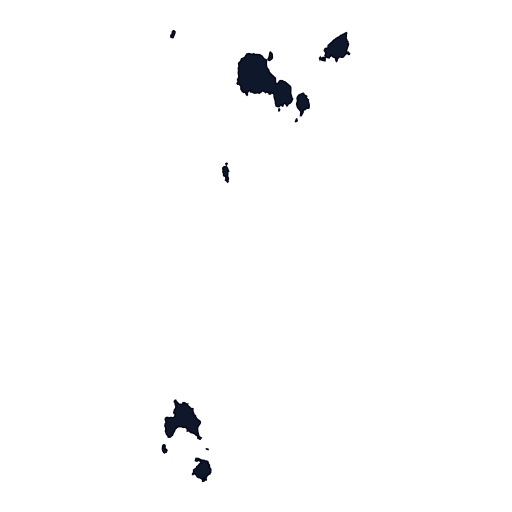 Taboga, Panama (orthographic projection)
{"feature_id": "35544464B74789014027071", "entity_name": "Taboga", "entity_type": "district", "adm_level": 2, "iso_a3": "PAN", "parent_name": "Panama", "parent_adm1": "", "projection": "orthographic", "projection_center": [-79.568, 8.692], "detail": "fine", "context": "isolated", "style": "filled", "palette": "ink", "viewbox_px": 512, "rotation_deg": 0, "n_neighbors": 0, "source": "geoboundaries", "source_scale": "gbopen_adm2", "svg_char_len": 5920}
<svg xmlns="http://www.w3.org/2000/svg" viewBox="0 0 512 512"><path d="M252.4,54.5L249.1,53.6L246.7,54.1L246.4,54.5L246.3,55.3L245.6,55.9L245.2,56.9L243.9,57.9L241.5,58.9L240.7,61.2L238.6,63.2L239.0,66.4L238.3,68.2L238.6,69.9L238.3,72.8L238.9,76.8L237.5,79.9L238.3,81.1L237.1,83.4L237.5,84.1L239.1,84.2L240.9,86.1L241.0,89.4L241.7,90.2L242.1,91.2L243.6,92.4L244.8,92.0L245.5,92.3L245.9,93.6L246.6,94.9L247.1,95.2L247.5,94.3L246.9,93.0L248.7,91.1L249.9,90.3L250.6,90.8L250.6,91.9L251.6,91.9L254.7,93.2L258.2,92.6L259.2,93.3L259.8,92.6L260.6,92.5L262.0,90.9L262.5,90.7L265.0,91.9L265.6,92.6L266.3,91.9L268.7,92.7L269.1,93.9L269.4,94.1L270.6,93.9L270.5,92.6L271.0,92.5L272.0,93.1L273.2,93.3L274.1,94.7L274.2,97.3L275.5,101.7L275.4,103.0L276.2,106.1L278.1,106.7L279.2,106.6L280.4,105.1L281.2,104.9L281.7,105.1L282.2,106.0L282.7,106.1L283.5,104.0L284.7,103.1L285.4,103.4L287.0,105.9L288.4,103.9L290.3,103.0L291.2,102.0L292.6,99.2L292.6,98.7L291.8,97.8L291.5,96.1L290.7,93.8L290.8,87.8L290.4,86.5L285.2,82.0L284.0,81.7L282.3,80.7L280.7,80.6L279.7,80.9L277.6,83.8L277.2,84.1L276.8,84.0L275.5,82.7L275.4,78.7L275.1,77.7L273.9,76.9L273.2,76.0L272.5,75.6L269.3,72.3L268.7,70.0L267.1,68.0L266.6,66.7L266.3,64.3L266.5,60.0L264.1,58.9L261.8,55.9L260.8,55.5L259.7,54.6L257.6,54.7L256.2,54.4L255.0,54.6L253.6,53.7L252.4,54.5ZM181.5,404.4L179.6,404.3L178.7,403.9L176.1,401.1L175.7,400.2L175.0,400.3L174.4,401.1L174.3,401.8L175.5,403.8L175.2,404.7L175.9,405.3L175.8,406.3L176.0,407.1L175.0,409.3L174.3,410.1L174.3,411.6L173.7,412.1L174.0,413.1L174.3,412.8L174.6,412.9L174.7,413.5L175.2,414.2L174.8,416.5L174.1,417.3L172.5,417.9L170.9,417.4L169.0,418.0L168.2,417.5L166.9,417.4L165.8,417.9L165.3,418.6L165.3,419.8L166.0,421.7L166.1,422.6L165.2,423.9L164.9,426.2L165.9,427.8L165.7,430.2L165.4,431.2L166.0,432.4L166.1,433.4L167.6,435.7L168.3,436.1L168.3,437.2L170.0,437.2L170.9,436.6L171.3,435.8L172.5,435.3L173.0,433.5L174.5,431.1L174.9,429.5L176.9,427.5L178.8,426.6L181.6,426.7L183.3,427.4L184.8,427.1L185.8,427.4L186.7,428.6L187.5,429.0L187.3,431.1L189.1,430.8L189.7,431.3L190.5,432.4L191.2,432.6L191.8,432.2L192.2,432.9L193.1,432.9L193.7,433.4L194.7,433.7L195.8,435.0L197.0,435.5L197.9,436.6L197.8,437.9L198.0,438.4L198.8,438.5L199.5,439.1L200.3,439.1L201.2,437.8L199.0,436.6L197.7,431.4L197.5,428.0L198.4,425.8L199.2,424.9L200.3,423.0L200.4,422.3L200.2,421.6L199.5,420.6L198.6,420.4L197.6,419.3L196.7,418.8L196.2,418.0L196.0,417.3L195.7,417.4L195.2,416.7L195.4,415.6L193.9,414.7L193.7,413.3L192.8,411.2L192.9,408.7L190.6,408.4L189.3,406.7L187.0,405.2L187.0,404.7L187.6,404.1L186.2,403.9L184.6,402.7L183.0,402.7L183.0,403.8L181.5,404.4ZM346.2,34.4L346.7,33.3L346.4,32.7L344.2,33.7L343.5,34.5L342.9,34.4L342.0,35.1L340.8,35.3L339.5,36.6L336.1,38.4L334.6,39.9L333.7,40.1L332.4,41.7L328.2,45.4L328.0,47.4L327.6,48.3L325.6,48.4L325.1,48.7L324.3,50.4L325.8,52.9L325.5,54.7L325.0,55.3L325.5,55.9L325.4,57.5L325.7,57.5L326.0,56.9L326.4,57.1L326.9,56.9L327.8,57.6L329.1,57.9L329.6,56.8L330.3,56.4L330.6,55.3L331.0,55.0L331.8,55.4L331.9,55.8L332.8,56.8L335.7,58.0L335.7,59.6L336.1,60.9L336.6,61.4L337.3,60.0L337.4,58.2L338.2,58.1L339.5,56.7L340.0,56.5L340.6,57.0L342.0,57.3L343.2,57.0L346.5,53.1L346.6,49.8L348.4,44.8L348.4,43.6L347.7,43.0L348.0,41.8L347.3,41.3L346.6,39.3L345.9,38.1L346.3,36.6L346.2,34.4ZM198.3,458.5L196.0,458.4L195.4,460.7L197.0,461.2L199.2,460.1L200.4,461.6L201.6,462.5L199.0,464.4L198.6,465.4L196.8,466.6L196.7,467.6L196.4,468.0L193.6,470.0L193.6,472.5L192.7,473.7L192.5,474.4L192.9,474.6L193.4,473.7L194.0,473.9L194.7,473.7L196.3,475.1L197.4,477.0L198.4,477.3L198.9,477.7L199.7,477.6L201.9,478.9L202.2,479.5L203.2,479.7L203.7,478.6L204.7,477.9L205.6,477.8L206.6,477.0L206.8,476.1L208.0,474.9L210.0,473.8L210.1,472.9L210.8,472.1L210.4,471.0L210.9,470.4L210.6,468.8L210.0,468.5L209.7,467.6L208.7,467.2L209.5,466.6L209.4,465.0L208.3,463.5L207.5,463.3L207.5,462.9L208.1,462.6L208.1,462.1L207.2,461.3L206.6,461.0L205.7,461.2L204.2,460.4L201.7,460.2L198.3,458.5ZM309.0,107.9L309.2,105.0L308.1,100.4L308.3,99.8L306.2,98.0L306.7,96.7L306.6,96.1L304.1,94.9L303.7,93.5L303.2,93.2L299.0,95.0L298.1,96.0L297.2,97.6L297.1,98.9L297.6,100.6L296.6,104.0L297.4,107.0L297.9,108.0L300.9,111.5L300.5,115.7L300.9,115.8L301.3,115.5L303.0,112.4L303.1,111.3L303.6,110.1L305.3,109.5L306.6,108.0L308.4,108.3L309.0,107.9ZM228.6,171.2L227.3,167.9L226.5,166.9L225.4,166.6L224.1,166.8L223.5,167.1L222.9,167.8L222.7,169.1L223.4,170.4L222.8,171.7L223.3,172.5L223.7,175.6L224.1,176.0L225.4,176.3L226.1,178.8L225.5,180.1L226.6,180.9L227.6,182.1L228.1,181.6L228.0,180.3L228.4,178.4L227.7,176.8L227.6,174.6L227.9,171.4L228.6,171.2ZM269.2,60.5L270.8,59.7L272.3,58.2L272.4,56.5L272.1,54.0L271.3,52.9L270.3,52.1L269.8,53.0L269.6,54.9L268.9,57.6L268.1,58.9L268.1,59.7L269.2,60.5ZM163.9,446.1L163.9,445.8L164.9,445.3L164.3,444.8L163.6,444.8L162.8,445.6L162.4,448.2L162.7,450.6L163.7,452.3L164.5,452.9L165.3,452.2L166.2,452.2L167.0,450.2L165.7,449.0L164.9,449.1L165.2,448.1L164.7,447.2L165.1,446.7L164.6,446.0L163.9,446.1ZM173.0,37.6L174.9,33.1L175.0,31.7L173.9,30.8L173.4,30.7L172.4,31.8L172.1,34.4L170.9,35.2L170.9,37.1L172.3,37.7L173.0,37.6ZM325.1,58.0L324.8,57.6L323.9,57.4L323.5,58.0L322.8,57.5L321.6,58.1L321.4,58.9L321.8,60.1L322.9,60.4L323.7,59.5L324.2,60.7L324.9,60.9L325.1,60.3L325.1,58.0ZM349.6,53.8L348.3,52.2L347.6,52.3L347.0,53.0L347.2,53.7L348.0,53.9L348.8,54.5L349.4,54.3L349.6,53.8ZM295.8,121.7L297.2,120.8L296.7,119.0L296.3,119.3L295.8,120.7L295.5,121.5L295.8,121.7ZM202.6,481.3L204.1,481.0L204.2,479.8L203.1,480.1L202.5,481.0L202.6,481.3ZM320.0,59.6L320.5,58.4L320.2,57.3L319.5,58.3L320.0,59.6ZM227.2,163.6L226.8,163.2L225.8,163.7L226.4,165.0L227.2,163.6ZM206.4,479.2L205.9,478.8L204.9,479.3L205.3,479.9L206.1,480.1L206.4,479.2ZM279.0,110.9L279.4,110.5L279.6,109.7L279.5,109.1L279.1,108.9L278.7,110.3L279.0,110.9ZM208.1,449.3L206.8,448.8L206.5,448.9L206.7,449.2L208.0,449.6L208.1,449.3Z" fill="#0f172a" stroke="#020617" stroke-width="1.5"/></svg>